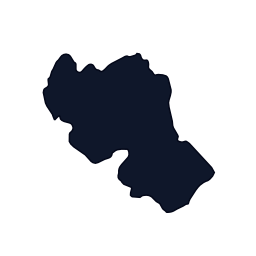 the County of Kronoberg, rotated 240°
{"feature_id": "SWE-182", "entity_name": "Kronoberg", "entity_type": "County", "adm_level": 1, "iso_a3": "SWE", "parent_name": "Sweden", "parent_adm1": "", "projection": "albers", "projection_center": [14.682, 56.81], "detail": "fine", "context": "isolated", "style": "filled", "palette": "ink", "viewbox_px": 256, "rotation_deg": 240, "n_neighbors": 0, "source": "natural_earth", "source_scale": "10m", "svg_char_len": 2814}
<svg xmlns="http://www.w3.org/2000/svg" viewBox="0 0 256 256"><g transform="rotate(240 128 128)"><path d="M46.3,180.5L44.1,177.2L42.9,173.6L42.7,172.2L42.6,171.1L42.7,170.0L42.9,169.3L43.0,168.0L43.1,166.1L42.6,161.8L41.8,159.1L40.4,155.7L35.6,146.3L34.2,144.3L32.5,142.5L32.3,141.9L32.8,140.8L33.0,140.0L33.0,138.8L32.9,136.7L33.4,129.9L33.4,126.0L33.7,124.0L34.2,122.4L35.2,120.2L35.6,119.5L36.1,119.2L37.3,119.0L39.9,117.9L41.1,117.7L46.2,117.8L47.2,117.5L50.2,115.8L56.5,114.1L57.9,113.3L59.2,112.3L60.7,110.4L61.9,107.8L62.3,106.3L62.0,103.7L66.4,97.3L67.2,96.9L68.6,96.6L70.7,98.0L73.8,101.0L74.7,101.2L75.4,101.0L81.4,96.3L83.9,95.7L85.9,95.6L87.7,94.8L89.0,94.7L90.0,94.8L91.7,95.7L93.6,97.5L95.7,98.7L97.0,99.8L97.9,100.9L98.3,101.5L99.5,104.2L102.5,113.2L103.2,114.4L104.4,115.6L106.8,116.8L109.0,117.2L109.6,117.0L109.8,116.8L110.1,116.6L112.9,112.0L114.5,108.0L114.7,106.6L114.7,105.5L114.4,103.3L114.3,102.0L114.2,101.8L113.1,100.8L112.4,100.0L111.8,98.8L111.6,97.4L111.8,95.9L112.6,92.2L113.1,84.8L113.8,82.2L115.5,80.4L117.5,79.4L126.1,77.6L138.9,71.6L142.7,70.5L145.7,70.5L151.9,74.2L152.8,75.3L153.1,76.9L153.6,78.4L154.7,79.9L156.3,80.9L158.8,81.2L160.0,81.0L161.6,80.0L165.6,76.0L167.7,74.6L169.5,74.1L172.5,74.8L173.0,74.6L173.0,73.6L172.7,72.2L171.8,68.9L172.2,68.5L176.4,69.1L177.3,69.4L187.5,68.8L190.9,69.1L201.0,72.4L202.9,74.0L203.5,74.9L203.7,76.2L203.7,78.1L204.2,79.9L205.3,81.0L209.4,82.8L210.3,83.4L210.5,84.0L210.6,84.8L210.9,85.7L211.5,86.6L214.8,90.0L215.5,91.0L216.2,92.4L220.5,98.4L221.1,99.7L221.4,100.7L221.5,101.4L221.7,102.0L223.1,105.1L223.7,106.9L223.7,109.1L222.9,111.3L221.1,113.2L219.0,113.9L212.1,114.1L210.8,114.8L210.2,114.9L209.4,114.8L204.7,112.1L203.3,111.9L202.2,112.2L201.2,112.8L200.3,113.8L199.9,114.8L200.0,116.3L201.2,119.8L201.8,121.9L202.2,123.9L202.4,125.7L202.1,127.0L201.5,128.0L200.5,128.8L199.6,129.2L195.9,129.3L194.9,129.6L194.0,130.1L193.1,131.2L192.4,131.7L190.5,132.7L190.0,133.6L189.9,135.1L190.5,138.0L191.5,141.4L191.8,143.2L192.0,146.0L191.4,158.5L191.4,160.9L191.1,162.4L190.5,163.4L189.6,164.0L188.9,164.9L188.4,166.1L187.4,170.5L187.4,171.0L187.4,171.6L188.0,173.0L186.5,174.8L185.6,175.1L184.5,175.1L182.4,174.6L180.8,174.6L179.2,175.1L178.5,175.9L178.0,176.8L177.7,177.6L177.4,178.1L176.9,178.5L176.0,178.6L174.8,178.4L173.0,177.7L170.7,176.2L169.7,175.8L168.3,175.8L164.8,177.0L161.5,177.2L160.7,177.5L160.1,178.0L159.9,178.8L159.6,179.8L159.1,181.0L156.5,184.7L154.0,187.0L152.4,187.5L150.5,187.4L139.5,184.3L137.6,183.2L134.9,180.8L132.0,177.7L129.7,175.7L125.5,173.9L111.7,169.7L107.8,167.9L105.5,167.4L96.7,167.4L95.5,167.1L93.8,165.3L92.7,164.8L91.6,164.9L90.3,165.9L89.2,167.1L88.6,168.1L88.3,168.9L87.9,170.7L87.5,171.6L86.1,172.4L83.8,173.4L52.0,180.6L46.3,180.5Z" fill="#0f172a" stroke="#020617" stroke-width="1.5"/></g></svg>